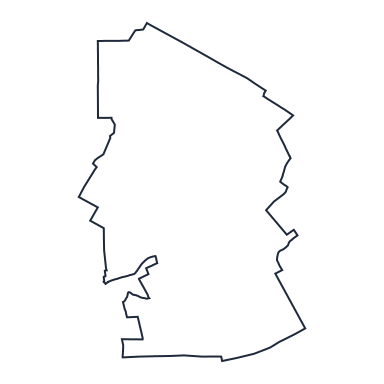 Gaujani, Teleorman, Romania (Equal Earth projection)
{"feature_id": "2599482B70071285458497", "entity_name": "Gaujani", "entity_type": "district", "adm_level": 2, "iso_a3": "ROU", "parent_name": "Romania", "parent_adm1": "Teleorman", "projection": "equal_earth", "projection_center": [25.703, 43.752], "detail": "fine", "context": "isolated", "style": "outline", "palette": "slate", "viewbox_px": 384, "rotation_deg": 0, "n_neighbors": 0, "source": "geoboundaries", "source_scale": "gbopen_adm2", "svg_char_len": 5854}
<svg xmlns="http://www.w3.org/2000/svg" viewBox="0 0 384 384"><path d="M305.2,328.4L278.3,279.1L275.3,273.6L282.2,270.1L280.2,266.8L279.2,265.0L278.6,263.5L277.6,261.3L277.4,261.0L277.2,260.6L277.0,260.0L277.0,259.6L277.0,259.1L277.0,258.8L277.1,258.3L277.2,257.5L277.3,256.8L277.5,256.0L277.6,255.0L277.8,254.4L278.1,253.6L278.2,253.0L278.7,252.1L279.1,251.6L279.7,251.1L280.2,250.7L281.1,250.3L282.2,249.8L282.7,249.6L283.2,249.3L284.2,248.7L284.9,248.1L285.7,247.5L286.1,247.1L286.9,246.4L287.6,245.7L287.9,245.4L288.1,245.0L288.3,244.5L288.4,244.1L288.6,243.5L288.7,243.1L289.0,242.5L289.2,242.1L289.6,241.7L290.1,241.0L291.6,240.0L293.7,238.1L297.5,235.4L293.8,229.8L286.8,234.7L275.4,221.2L266.1,210.2L274.0,201.5L283.5,194.3L285.2,192.6L285.4,192.3L285.7,191.9L285.8,191.6L286.0,191.3L286.1,190.9L286.3,190.4L286.5,189.8L286.6,189.3L286.9,188.7L287.0,188.5L287.1,188.2L287.3,187.9L287.5,187.5L287.7,187.3L287.7,187.2L286.8,186.4L285.9,185.8L285.3,185.4L284.2,184.7L283.8,184.5L283.4,184.2L282.7,183.7L282.0,183.1L281.4,182.7L280.7,182.1L280.3,181.8L280.2,181.6L280.3,181.3L280.6,180.7L281.1,179.6L281.6,178.5L282.0,177.6L282.7,175.8L282.6,175.6L283.3,173.2L283.6,172.3L284.0,171.1L284.2,170.2L285.2,166.7L285.7,165.6L286.4,164.3L287.8,162.0L289.0,160.3L289.9,159.1L290.4,158.4L290.6,158.2L290.0,156.8L289.9,156.9L288.9,154.9L287.0,150.9L286.0,148.9L285.2,147.1L284.2,144.9L282.3,141.1L281.8,140.2L280.5,137.6L280.1,136.7L279.5,135.5L278.9,134.2L278.4,133.1L278.1,132.4L277.8,131.8L277.5,131.2L277.1,130.5L277.3,130.4L278.0,129.7L278.5,129.2L279.2,128.6L279.8,127.9L280.4,127.4L281.6,126.3L282.0,125.9L282.5,125.4L282.8,125.1L283.6,124.4L284.2,123.8L284.7,123.4L286.0,122.2L289.0,119.4L290.3,118.2L293.1,115.4L285.5,110.2L284.2,109.3L282.0,108.0L280.4,107.0L278.8,105.9L276.2,104.3L274.6,103.3L272.5,102.0L271.1,101.1L269.4,100.0L268.2,99.3L265.8,97.7L264.9,97.1L263.7,96.3L263.4,96.2L263.6,95.7L263.7,95.2L263.9,94.3L264.1,93.4L264.3,92.9L264.7,92.4L265.0,91.8L265.3,91.2L265.7,90.6L261.5,87.9L254.2,83.1L247.4,78.4L245.2,77.2L238.0,73.4L233.3,71.0L226.9,67.6L218.5,62.9L218.3,62.8L217.4,62.3L215.7,61.3L213.8,60.2L212.0,59.2L210.2,58.1L208.2,57.0L206.9,56.2L206.4,56.0L204.7,55.0L203.2,54.2L201.8,53.4L199.1,51.8L197.5,51.0L196.2,50.2L194.9,49.5L192.7,48.3L189.9,46.6L187.6,45.4L186.1,44.5L182.3,42.4L152.5,26.2L151.2,25.5L149.8,24.7L148.2,23.8L146.9,23.0L146.5,23.8L145.9,24.7L145.4,25.7L144.5,27.3L143.9,28.3L143.4,29.2L143.3,29.4L143.2,29.5L142.8,29.6L141.4,29.7L139.0,30.0L137.5,30.1L136.4,30.2L135.6,30.3L135.3,30.4L135.0,30.9L134.3,31.9L133.2,33.6L131.6,36.2L130.9,37.3L130.1,38.5L128.8,40.6L128.5,40.6L125.8,40.7L123.7,40.7L120.8,40.8L118.7,40.9L116.5,40.9L113.9,40.9L111.0,40.9L108.6,40.9L107.0,40.9L104.8,40.9L103.5,40.9L101.7,41.0L99.7,41.0L97.8,41.0L97.9,46.0L97.9,50.7L98.0,54.5L98.0,57.0L98.0,59.0L98.0,63.1L98.1,67.0L98.1,71.7L98.1,76.1L98.2,79.2L98.2,81.3L98.0,83.1L97.8,85.8L97.9,98.2L98.0,113.2L98.0,117.9L104.0,117.9L111.5,117.8L111.6,119.2L114.8,124.5L114.0,132.9L110.0,136.0L110.3,138.0L107.5,144.6L103.4,154.3L101.5,155.6L97.9,157.9L95.0,160.2L93.0,163.6L96.7,167.1L94.6,170.0L91.3,175.4L84.3,186.6L78.8,197.0L79.4,197.3L82.2,198.9L97.8,207.4L90.2,220.7L103.8,228.2L103.9,239.6L104.1,248.7L104.1,250.2L104.9,257.6L105.8,266.2L106.1,268.6L106.6,270.3L106.3,270.3L105.3,270.5L105.0,270.6L104.8,270.7L105.5,275.7L105.5,276.1L105.4,276.3L105.2,276.4L104.2,276.5L103.8,276.7L103.7,276.9L103.7,277.2L104.1,280.3L104.2,281.3L103.6,281.8L103.8,282.1L104.2,281.9L105.5,283.9L108.0,282.2L107.9,281.9L108.4,281.7L109.4,281.4L110.9,280.7L111.8,280.4L112.9,280.1L113.1,279.9L114.6,279.5L115.2,279.3L116.4,279.0L117.2,278.8L117.7,278.7L118.6,278.3L120.4,277.7L120.8,277.7L121.7,277.3L123.5,276.9L124.8,276.6L125.7,276.4L126.5,276.2L127.7,275.9L129.5,275.2L130.5,275.0L132.4,274.5L132.8,274.3L133.9,274.1L134.0,274.0L134.3,273.9L134.6,273.7L135.0,273.3L135.6,272.6L136.1,271.9L136.7,271.2L137.4,270.2L137.5,270.0L138.0,269.3L138.1,269.1L138.4,268.6L139.0,267.9L139.6,267.0L139.8,266.8L140.0,266.4L140.5,265.6L141.5,264.3L141.8,263.9L142.6,263.0L143.8,261.9L144.8,260.8L145.3,260.4L146.5,259.4L147.0,259.0L147.7,258.5L148.4,258.1L150.0,257.4L152.5,256.6L154.3,256.3L154.5,256.2L155.5,256.1L155.6,256.4L156.1,258.3L156.4,259.9L156.9,261.8L157.1,262.7L157.2,263.1L156.9,263.2L156.9,263.3L156.7,263.4L156.4,263.5L152.8,265.1L152.5,265.4L149.9,266.5L147.3,267.7L146.1,268.3L147.4,271.4L148.0,273.0L148.2,273.5L148.4,273.9L148.5,274.1L148.4,274.2L147.3,274.7L147.1,274.8L143.7,276.4L143.4,276.5L143.2,276.7L139.6,278.4L139.0,278.7L138.9,278.8L139.2,279.5L141.1,283.0L142.5,285.4L146.0,291.7L147.1,293.7L147.3,294.0L147.9,295.5L148.2,296.4L148.5,297.2L148.6,297.5L149.2,298.2L147.3,298.6L146.9,298.6L146.3,298.6L145.1,298.3L143.9,298.1L143.3,298.0L141.3,297.6L140.8,297.4L139.9,297.0L139.3,296.7L138.6,296.3L137.6,295.8L137.0,295.6L135.9,295.2L135.3,295.1L133.6,294.8L133.4,294.8L133.0,294.6L132.6,294.4L131.9,293.9L131.1,293.3L130.2,292.7L129.8,292.4L129.5,292.3L129.2,292.2L128.8,292.2L128.4,292.3L128.2,292.5L128.0,293.0L127.8,293.4L127.7,294.2L127.6,294.9L127.4,295.7L127.2,296.6L127.0,297.1L126.3,298.0L125.9,298.7L125.2,300.1L124.8,300.7L124.4,301.2L124.0,301.5L123.7,301.7L123.0,302.0L123.5,304.2L123.6,304.4L124.0,306.3L124.1,306.5L124.6,308.8L125.8,311.6L126.0,313.2L127.0,317.3L129.9,317.2L135.9,316.9L137.7,316.8L137.9,317.7L138.7,320.9L139.6,324.9L140.5,328.8L141.2,331.5L141.9,334.8L142.6,337.8L142.7,338.4L142.6,339.4L129.1,339.3L121.9,339.2L122.7,343.0L123.1,344.7L123.2,346.3L123.1,349.3L122.9,353.1L122.6,356.6L122.7,357.4L139.4,356.6L152.5,356.3L153.0,356.3L154.3,356.2L156.9,356.2L169.7,356.0L183.9,355.4L201.9,356.6L218.9,356.5L220.2,356.6L221.2,356.6L222.1,361.0L236.6,358.0L254.0,353.8L270.0,347.6L279.5,341.8L284.2,339.5L284.6,339.3L285.8,338.7L295.5,333.8L305.2,328.4Z" fill="none" stroke="#1e293b" stroke-width="2"/></svg>